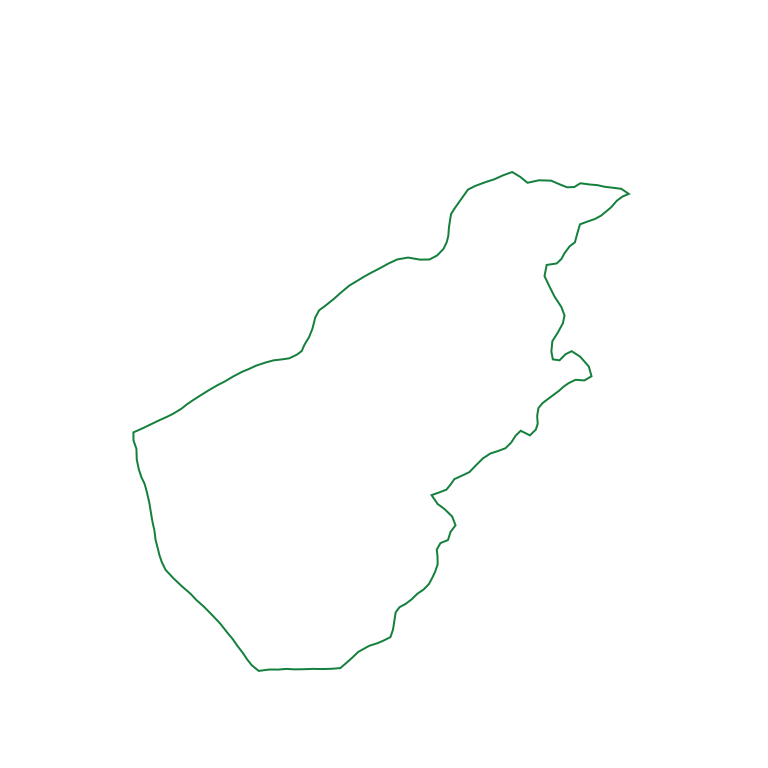 Campo do Meio, Minas Gerais, Brazil (Natural Earth projection), rotated 309°
{"feature_id": "56859067B61456712529235", "entity_name": "Campo do Meio", "entity_type": "district", "adm_level": 2, "iso_a3": "BRA", "parent_name": "Brazil", "parent_adm1": "Minas Gerais", "projection": "natural_earth1", "projection_center": [-45.831, -21.107], "detail": "fine", "context": "isolated", "style": "outline", "palette": "green", "viewbox_px": 768, "rotation_deg": 309, "n_neighbors": 0, "source": "geoboundaries", "source_scale": "gbopen_adm2", "svg_char_len": 2527}
<svg xmlns="http://www.w3.org/2000/svg" viewBox="0 0 768 768"><g transform="rotate(309 384 384)"><path d="M135.7,528.8L143.1,530.2L150.5,531.4L159.7,532.6L171.3,537.3L178.7,542.2L184.3,545.1L191.3,548.3L198.7,545.6L206.5,541.1L213.8,536.8L220.3,536.5L226.7,539.2L234.1,541.0L241.9,541.9L249.3,544.1L256.9,544.8L264.1,543.4L270.2,541.9L277.6,539.2L283.7,534.1L288.5,529.2L295.9,528.0L303.0,531.9L311.0,528.8L319.2,528.5L323.9,520.4L324.9,509.7L324.5,501.2L327.6,490.9L334.6,495.2L341.2,499.0L348.4,499.0L354.3,498.5L361.5,502.1L369.3,505.8L378.4,506.6L388.6,507.7L396.9,510.4L403.4,514.6L410.5,518.8L418.6,519.7L426.9,518.8L433.7,519.7L435.9,529.7L444.1,530.7L449.8,528.5L455.6,523.1L462.4,519.2L468.8,519.2L474.9,520.7L482.3,522.6L489.0,524.3L495.3,525.3L501.0,527.0L507.8,530.2L512.9,537.5L520.6,540.4L526.5,532.2L528.7,519.2L527.6,509.2L521.3,506.3L512.9,505.5L509.4,499.7L514.6,493.6L523.2,487.9L533.5,486.7L543.8,484.8L550.9,481.1L555.5,473.3L559.2,461.6L564.1,450.8L568.9,440.8L578.9,435.5L586.3,442.3L592.7,443.2L599.1,442.0L607.9,441.6L614.3,443.2L622.1,439.7L631.4,435.8L639.1,440.4L644.9,444.0L651.3,446.7L658.1,448.1L664.2,449.3L672.9,449.6L679.6,451.3L685.8,454.6L685.0,445.5L680.7,438.6L676.1,431.3L672.9,424.8L668.7,418.6L663.6,410.3L656.8,407.9L652.1,402.5L649.8,395.2L647.2,385.9L639.8,376.2L630.7,368.9L630.7,359.5L629.4,350.2L621.1,345.2L612.7,341.0L604.4,335.6L595.4,330.3L588.0,326.9L575.1,327.7L565.8,328.3L558.4,329.1L552.9,332.2L546.3,336.1L539.7,340.7L533.9,343.4L526.5,345.2L517.3,344.4L509.4,341.0L503.3,333.7L497.4,323.1L489.0,315.8L480.1,311.5L472.7,308.5L463.3,304.4L455.6,301.2L447.2,298.2L438.6,295.1L427.5,292.9L419.9,291.7L414.1,290.5L407.3,289.0L400.6,287.2L392.5,288.7L381.9,293.6L373.2,296.3L364.4,297.5L357.8,299.3L351.9,297.8L344.2,294.1L338.7,289.0L332.9,283.3L325.5,278.0L317.5,272.9L310.5,269.5L304.3,266.1L295.3,262.2L286.3,258.9L278.2,255.3L268.5,251.6L259.5,248.5L251.4,245.8L244.0,243.6L237.3,242.1L228.3,238.9L221.5,235.8L215.1,232.5L207.7,229.0L198.1,224.5L188.7,219.7L182.5,224.8L177.8,232.4L169.7,239.4L163.2,247.4L158.8,254.3L155.8,260.7L150.8,267.7L143.9,276.5L136.2,285.1L130.7,291.4L125.9,297.5L118.9,304.8L114.0,311.5L109.8,317.0L105.9,323.1L102.1,331.2L100.5,342.6L99.6,354.1L99.2,365.9L98.0,374.4L97.6,384.2L96.2,396.6L94.7,407.6L92.2,418.6L90.6,426.7L88.0,435.8L86.1,443.8L83.8,451.1L82.2,458.4L82.2,467.2L89.9,474.5L95.4,481.4L101.2,487.5L105.9,494.0L111.4,500.6L118.0,508.2L123.7,515.5L129.8,522.6L135.7,528.8Z" fill="none" stroke="#15803d" stroke-width="2"/></g></svg>